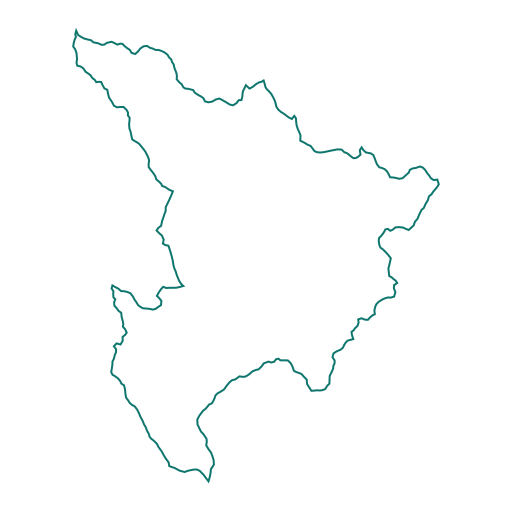 outline of Santo Antônio do Monte, Minas Gerais, Brazil
{"feature_id": "56859067B70923640932265", "entity_name": "Santo Antônio do Monte", "entity_type": "district", "adm_level": 2, "iso_a3": "BRA", "parent_name": "Brazil", "parent_adm1": "Minas Gerais", "projection": "natural_earth1", "projection_center": [-45.306, -20.094], "detail": "fine", "context": "isolated", "style": "outline", "palette": "teal", "viewbox_px": 512, "rotation_deg": 0, "n_neighbors": 0, "source": "geoboundaries", "source_scale": "gbopen_adm2", "svg_char_len": 6001}
<svg xmlns="http://www.w3.org/2000/svg" viewBox="0 0 512 512"><path d="M263.6,80.5L261.3,81.9L259.0,82.4L256.0,84.2L252.7,86.9L249.5,88.6L245.9,85.2L244.4,88.4L243.0,91.1L242.5,94.1L242.3,96.9L241.4,100.1L238.7,100.2L236.5,103.1L233.1,105.3L229.7,104.5L226.7,102.6L222.4,100.1L219.3,98.5L215.8,99.5L212.2,101.6L208.4,102.3L205.0,101.4L203.5,98.3L201.1,96.5L197.9,94.8L194.8,92.7L193.2,90.1L188.3,88.8L185.4,88.6L183.4,87.3L181.7,84.3L179.3,82.3L176.7,79.2L176.9,75.6L176.3,72.7L175.3,70.2L174.3,67.5L173.7,64.5L172.1,62.1L171.2,59.4L169.1,57.4L167.5,54.7L164.2,52.2L161.3,50.9L158.8,50.0L155.4,49.9L152.9,48.6L150.0,47.8L147.0,45.9L143.6,46.3L140.2,48.6L138.3,51.2L135.2,54.0L131.6,52.9L129.8,49.9L126.7,47.8L124.3,45.8L122.4,43.8L120.1,43.7L117.4,44.6L114.7,43.2L111.6,41.8L107.1,42.8L104.1,44.7L101.5,44.8L98.2,43.3L93.4,42.3L90.9,40.2L87.3,39.4L83.8,38.4L81.1,36.9L78.1,35.0L76.2,30.7L75.3,34.3L75.9,37.0L74.6,39.8L73.7,43.2L73.2,46.5L75.0,49.0L76.4,52.5L76.8,56.0L77.0,59.3L76.5,62.7L77.3,65.7L80.7,66.5L83.5,68.6L85.6,71.8L88.8,73.9L90.7,75.4L92.2,77.9L94.8,79.9L96.3,82.2L98.8,81.8L101.2,82.0L102.5,85.0L104.4,88.4L107.3,89.8L108.1,94.0L109.1,97.8L111.1,100.6L112.5,102.9L113.9,105.7L117.0,107.3L119.9,107.0L123.6,107.0L126.4,109.7L128.0,112.5L127.9,115.4L129.6,117.7L129.5,120.6L129.1,123.9L129.4,128.4L130.6,131.8L131.3,135.3L132.2,139.4L135.0,141.2L138.7,143.4L141.3,146.4L143.3,148.9L145.4,151.7L148.3,157.5L149.1,160.7L148.6,163.8L148.7,167.1L151.0,170.2L153.7,173.7L155.4,176.4L156.2,179.2L158.7,181.4L161.1,183.7L162.3,186.1L164.8,186.8L169.5,189.9L172.9,191.3L171.4,195.0L169.5,199.4L165.7,207.2L165.7,210.9L164.6,213.6L163.7,216.5L162.2,220.7L161.1,225.8L158.2,228.0L156.6,230.5L159.4,233.4L161.8,235.4L163.7,239.6L162.9,243.6L165.2,245.0L168.4,245.7L169.5,248.9L170.8,253.0L171.9,257.0L172.8,260.9L173.5,265.4L174.4,268.5L175.7,271.5L176.9,275.4L179.2,280.9L181.2,284.0L183.3,286.0L179.7,287.0L176.4,287.7L172.2,287.8L168.8,287.8L166.2,288.0L163.2,286.8L161.1,289.1L158.8,292.4L156.9,295.9L159.1,298.0L161.4,300.9L161.0,305.1L158.0,307.1L155.9,308.7L153.0,309.6L149.2,308.8L145.8,308.5L143.1,308.3L140.5,307.0L138.0,305.0L136.3,302.1L134.5,299.6L132.9,296.5L130.4,293.2L126.8,291.8L123.8,291.2L121.1,291.1L118.4,288.7L115.3,287.1L112.4,285.4L111.6,288.5L113.4,291.2L113.2,294.3L113.5,297.5L115.3,299.2L114.1,302.3L114.4,305.8L116.6,308.1L118.5,310.8L121.2,312.8L121.7,317.2L122.8,321.1L123.3,324.1L122.9,326.7L125.1,329.2L126.7,332.6L125.2,334.8L122.6,336.9L122.7,340.8L120.5,344.5L116.6,343.4L113.9,346.3L116.1,349.3L116.0,352.3L114.8,355.0L113.9,358.7L112.5,361.5L112.4,364.6L111.9,368.0L111.2,372.1L112.6,374.9L114.9,376.1L117.9,378.3L120.1,380.9L121.4,383.6L124.0,385.3L125.0,389.4L125.5,394.1L126.1,397.7L128.1,400.3L129.7,402.9L131.8,404.8L134.7,406.4L137.1,409.5L138.9,413.1L140.5,416.9L142.8,421.2L144.0,424.3L145.6,426.9L147.0,430.7L148.7,433.6L149.6,436.7L151.2,438.7L153.8,440.7L156.8,443.7L158.6,447.2L161.5,451.1L164.1,455.9L166.2,459.1L168.6,462.3L169.3,466.1L172.1,467.2L174.3,467.8L176.9,469.2L179.7,470.7L184.7,472.0L187.5,470.9L193.4,469.6L197.0,469.5L199.8,470.9L201.6,472.8L203.6,474.8L205.9,478.0L208.5,481.3L209.7,477.3L210.5,473.2L211.0,468.9L212.6,466.7L213.9,464.5L213.6,459.9L212.4,456.2L211.1,452.7L208.4,449.0L206.2,445.2L206.8,441.8L206.5,438.7L204.8,436.2L203.2,433.9L201.0,431.6L199.3,428.2L197.5,424.4L197.3,419.5L199.4,415.6L203.0,410.8L205.6,408.8L207.4,406.7L209.0,404.6L211.8,403.4L213.5,400.6L214.6,398.1L215.5,395.4L217.6,393.3L219.9,392.1L222.2,390.7L224.2,389.3L226.4,386.1L229.3,382.5L232.0,380.2L235.1,379.5L237.3,378.0L239.3,376.4L242.6,376.8L245.0,376.7L247.4,375.5L249.5,374.0L252.4,371.4L255.8,370.0L258.6,369.3L261.7,366.3L263.7,363.4L266.1,362.5L268.4,361.6L271.3,362.5L274.2,361.7L276.1,359.2L278.4,358.7L280.4,360.3L283.7,360.3L287.8,360.4L290.5,362.9L291.9,365.3L293.0,368.0L293.9,370.8L296.1,372.0L299.4,373.1L301.6,374.1L303.6,376.4L306.7,379.6L307.1,384.1L309.5,387.8L311.4,390.8L314.4,390.6L316.8,390.3L319.9,390.5L322.6,390.1L325.3,389.0L327.1,385.9L329.4,383.7L329.7,376.0L331.7,371.9L333.1,368.7L333.4,365.9L334.6,363.2L334.6,360.4L332.5,357.2L333.5,353.4L336.9,351.2L340.7,349.7L343.0,347.6L344.2,344.9L345.6,342.7L347.5,340.7L349.9,340.0L353.3,339.1L352.0,335.1L351.5,331.9L353.7,330.2L355.2,328.0L357.5,325.9L358.6,322.7L358.2,319.4L361.5,318.3L365.2,319.7L367.9,319.8L370.0,317.5L372.4,315.4L374.8,314.2L374.4,310.4L375.3,306.5L376.5,304.0L378.8,301.7L382.5,299.4L385.3,298.2L388.2,297.4L390.5,297.7L394.1,296.6L395.4,292.2L393.9,288.4L394.0,285.2L397.2,283.0L395.6,280.6L393.6,279.1L391.6,277.3L389.3,276.1L388.8,272.1L388.4,268.4L389.4,264.7L390.2,261.0L390.8,258.3L388.3,255.0L385.9,252.4L383.2,249.6L380.5,247.7L379.4,245.2L378.7,240.9L379.1,238.0L381.0,236.1L382.6,234.1L384.1,231.9L385.4,229.4L387.9,228.9L390.3,230.8L392.8,229.6L395.4,227.4L399.1,227.1L402.9,227.5L406.1,229.0L408.7,230.0L413.7,225.4L414.9,221.8L417.5,218.8L419.5,214.0L421.5,210.0L423.9,207.8L425.5,204.1L427.9,200.1L429.0,196.3L431.4,194.4L433.5,191.3L435.6,188.9L437.4,186.7L438.8,184.2L437.3,179.6L433.9,180.1L431.0,178.4L429.2,175.5L427.4,173.5L425.3,170.1L423.0,167.7L420.1,166.5L415.9,167.9L412.5,168.5L409.9,169.8L408.8,172.6L406.0,175.1L402.6,178.2L399.1,178.8L396.2,178.0L393.3,177.5L390.1,177.3L388.6,174.1L386.8,171.1L384.6,169.1L381.7,167.9L379.3,167.3L377.1,164.5L375.9,161.7L374.7,158.3L373.2,154.9L370.8,153.4L365.8,152.4L363.3,150.0L361.6,147.4L359.8,150.2L360.5,154.6L358.1,156.8L356.0,158.0L353.5,158.2L351.3,156.7L348.8,154.5L346.7,153.0L344.4,152.3L341.6,149.6L337.2,149.4L331.6,150.5L325.5,151.8L322.9,152.3L319.7,152.5L316.7,152.1L314.5,151.1L312.7,148.7L310.6,145.9L307.6,144.7L304.4,142.7L300.3,140.7L300.5,135.4L299.4,132.5L297.9,129.3L296.6,125.3L296.2,121.9L295.9,118.2L294.3,115.9L291.8,119.0L288.4,117.2L285.6,115.0L283.2,113.3L280.9,111.9L278.4,109.7L276.4,106.8L275.5,102.9L274.4,99.8L273.0,97.0L271.3,94.0L269.3,91.6L266.9,89.3L265.5,87.2L264.7,83.9L263.6,80.5Z" fill="none" stroke="#0f766e" stroke-width="2"/></svg>